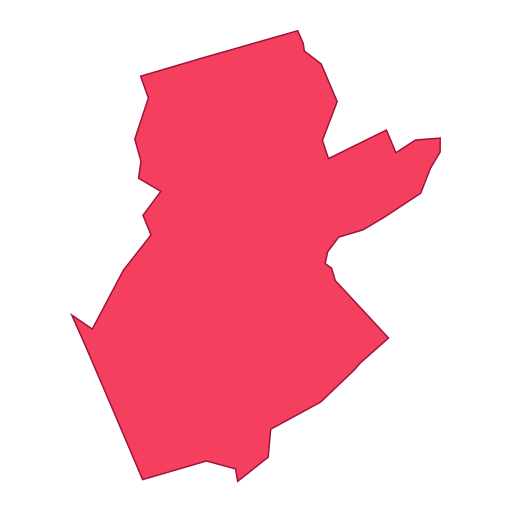 Somerset, New Jersey, United States of America
{"feature_id": "52423323B92804985399484", "entity_name": "Somerset", "entity_type": "district", "adm_level": 2, "iso_a3": "USA", "parent_name": "United States of America", "parent_adm1": "New Jersey", "projection": "natural_earth1", "projection_center": [-74.587, 40.566], "detail": "fine", "context": "isolated", "style": "filled", "palette": "rose", "viewbox_px": 512, "rotation_deg": 0, "n_neighbors": 0, "source": "geoboundaries", "source_scale": "gbopen_adm2", "svg_char_len": 685}
<svg xmlns="http://www.w3.org/2000/svg" viewBox="0 0 512 512"><path d="M237.7,481.3L268.2,457.1L270.7,429.2L320.7,402.0L354.5,369.7L359.9,363.3L388.5,338.0L335.3,280.6L331.6,268.2L325.2,263.6L327.7,251.7L338.7,237.1L363.1,229.8L384.4,217.1L420.7,193.2L430.5,168.1L440.1,152.1L440.2,138.1L415.5,140.0L395.9,152.7L386.4,130.0L328.5,158.6L322.4,140.4L337.2,101.6L321.2,64.0L304.3,51.0L303.3,43.6L297.7,30.7L227.5,50.8L203.3,57.7L140.6,76.2L148.4,98.0L134.8,139.1L141.0,161.2L138.5,178.2L160.8,191.4L143.0,215.3L151.0,235.0L123.4,270.2L92.3,329.1L71.8,315.1L86.2,347.6L118.2,422.2L142.6,479.6L206.3,461.0L235.5,468.9L237.7,481.3Z" fill="#f43f5e" stroke="#9f1239" stroke-width="1.5"/></svg>